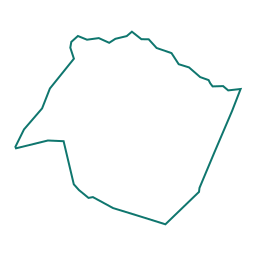 Saluda, South Carolina, United States of America (Natural Earth projection)
{"feature_id": "52423323B78035589313404", "entity_name": "Saluda", "entity_type": "district", "adm_level": 2, "iso_a3": "USA", "parent_name": "United States of America", "parent_adm1": "South Carolina", "projection": "natural_earth1", "projection_center": [-81.736, 34.001], "detail": "fine", "context": "isolated", "style": "outline", "palette": "teal", "viewbox_px": 256, "rotation_deg": 0, "n_neighbors": 0, "source": "geoboundaries", "source_scale": "gbopen_adm2", "svg_char_len": 600}
<svg xmlns="http://www.w3.org/2000/svg" viewBox="0 0 256 256"><path d="M73.9,58.7L49.9,88.5L42.1,108.4L24.0,129.4L15.4,146.8L16.0,148.3L47.9,140.5L63.6,141.2L73.8,184.3L79.0,190.1L88.5,197.9L92.9,197.1L113.1,208.1L136.3,215.2L165.4,224.3L193.7,197.0L199.0,191.9L199.5,187.9L214.3,152.6L232.1,110.9L240.6,89.0L228.2,90.4L223.1,86.1L212.6,86.4L210.3,83.4L208.6,80.1L200.2,77.1L189.0,67.4L178.7,64.2L171.5,53.1L156.6,48.0L148.7,39.3L141.4,39.2L131.9,31.7L126.7,36.1L115.4,38.8L109.2,42.8L98.8,38.1L87.0,39.7L77.9,36.0L71.3,41.9L70.3,47.7L73.9,58.7Z" fill="none" stroke="#0f766e" stroke-width="2"/></svg>